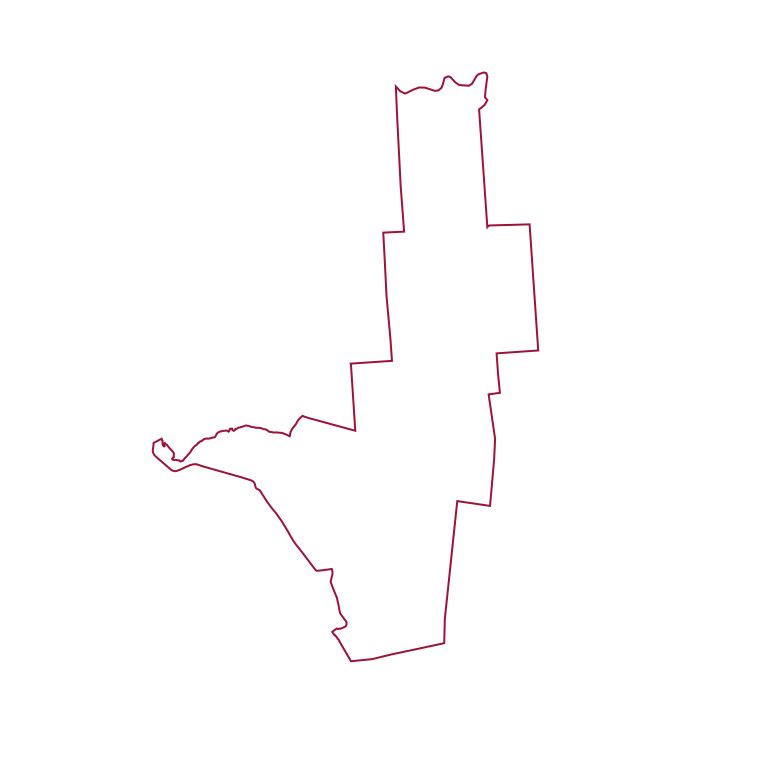 Suhaia, Teleorman, Romania, rotated 332°
{"feature_id": "2599482B91866656002466", "entity_name": "Suhaia", "entity_type": "district", "adm_level": 2, "iso_a3": "ROU", "parent_name": "Romania", "parent_adm1": "Teleorman", "projection": "albers", "projection_center": [25.195, 43.756], "detail": "fine", "context": "isolated", "style": "outline", "palette": "rose", "viewbox_px": 768, "rotation_deg": 332, "n_neighbors": 0, "source": "geoboundaries", "source_scale": "gbopen_adm2", "svg_char_len": 5986}
<svg xmlns="http://www.w3.org/2000/svg" viewBox="0 0 768 768"><g transform="rotate(332 384 384)"><path d="M587.5,311.4L551.5,293.5L550.6,293.5L549.4,293.8L548.9,294.0L596.9,186.1L599.6,185.8L603.9,184.8L608.5,182.0L607.8,178.2L611.7,172.1L619.6,161.0L620.2,157.7L618.5,155.8L613.0,154.9L610.7,155.3L602.7,160.2L599.0,160.5L590.8,155.4L588.5,151.0L586.8,144.3L585.1,142.5L581.1,142.2L576.2,147.5L573.9,149.4L569.9,150.3L566.6,149.1L559.2,141.5L554.3,138.7L547.6,137.8L541.0,137.7L538.8,137.3L535.8,133.2L534.7,128.9L534.1,126.9L519.9,156.7L491.8,216.7L473.3,258.9L454.4,250.0L444.1,272.2L427.3,308.0L418.8,328.3L410.5,348.0L401.9,367.3L364.2,350.4L364.1,351.0L336.7,411.8L301.1,378.3L298.1,375.2L297.7,374.6L297.3,373.9L296.9,373.9L293.8,374.8L293.0,375.1L292.3,375.2L291.8,375.4L291.1,375.7L289.4,376.7L288.3,377.5L287.6,378.0L285.1,379.1L283.9,379.5L281.4,380.8L280.9,381.1L280.0,381.8L279.2,382.4L278.7,382.9L278.3,383.3L277.1,384.7L276.7,385.4L276.1,385.9L274.0,382.7L273.6,382.2L272.6,381.3L272.2,380.5L271.6,380.0L271.3,379.7L271.0,379.5L270.4,379.0L269.8,378.5L269.1,378.1L268.7,377.9L268.3,377.6L267.5,377.1L266.6,376.4L265.2,375.7L264.3,375.3L263.5,374.8L262.0,373.5L261.5,373.2L260.7,372.7L260.0,372.0L259.6,370.7L259.4,370.3L258.7,369.3L258.4,368.8L258.1,368.4L257.8,368.1L257.3,367.8L256.9,367.7L256.5,367.4L255.7,366.4L255.3,365.8L255.1,365.6L254.6,365.2L254.0,364.7L253.4,364.2L250.1,362.3L249.2,361.3L248.5,361.0L247.4,360.2L246.5,359.4L246.0,358.8L245.3,358.0L244.8,357.5L244.0,356.9L243.1,356.1L242.1,355.7L241.3,355.5L239.4,355.3L238.1,355.0L237.3,354.9L236.7,354.8L236.3,354.7L235.5,354.3L235.1,354.2L234.1,354.2L233.0,354.4L232.5,354.4L232.1,354.4L231.9,354.0L231.7,354.0L231.6,354.4L231.5,354.5L230.8,354.5L230.5,354.6L230.2,354.8L229.8,354.8L229.5,354.8L229.4,354.8L229.3,354.7L229.0,354.3L228.7,353.8L228.6,353.4L228.6,353.1L228.7,352.9L228.9,352.5L228.8,352.1L228.8,351.9L226.9,351.2L226.6,351.3L226.2,352.0L225.8,352.3L225.4,352.5L225.0,352.6L224.8,353.0L224.3,353.0L224.3,352.5L223.9,352.0L223.4,351.5L222.8,351.0L222.2,350.8L220.5,350.1L219.5,349.7L218.1,349.5L217.3,349.1L217.0,349.0L216.1,348.9L215.0,348.9L213.9,349.1L213.3,349.3L213.0,349.5L210.4,351.2L210.0,351.4L209.5,351.4L208.3,351.3L208.1,351.2L207.8,350.9L206.8,350.7L205.2,350.4L204.9,350.3L204.2,350.2L203.8,350.1L203.0,349.6L202.6,349.5L202.3,349.1L201.8,349.0L201.4,348.7L201.0,348.5L199.9,348.4L199.6,348.2L199.3,348.2L199.0,348.2L198.7,348.4L198.0,348.3L197.7,348.4L197.3,348.3L197.1,348.4L196.3,348.9L196.0,348.9L195.5,348.5L195.2,348.4L194.7,348.4L194.2,348.6L193.9,348.6L193.4,348.8L193.1,348.9L192.9,349.0L192.6,348.8L191.9,348.9L191.7,349.1L190.4,349.7L189.9,349.8L189.2,349.8L188.7,350.0L188.1,350.0L187.6,350.1L187.3,350.2L186.2,350.5L185.7,350.7L185.3,351.0L184.7,351.1L182.8,352.1L182.3,352.5L181.9,352.8L180.9,353.3L180.3,353.5L178.3,354.2L177.8,354.4L177.4,354.6L176.3,355.0L175.8,355.3L174.1,355.7L173.1,356.1L171.0,357.1L170.3,357.0L170.1,357.2L169.9,357.0L169.6,357.1L169.2,357.1L168.4,357.1L168.2,357.0L168.0,356.8L167.8,356.3L167.4,356.1L167.3,355.9L167.3,355.5L167.2,355.3L167.0,355.1L166.7,354.9L166.3,354.8L165.9,354.4L165.7,354.2L165.3,353.9L165.2,353.7L164.5,353.2L163.8,352.9L163.2,352.7L162.5,352.2L162.1,351.9L161.9,351.7L161.7,351.3L161.7,351.0L161.7,350.8L161.8,350.5L162.0,350.4L163.0,350.2L163.5,349.9L163.9,350.0L164.1,349.9L164.2,349.6L164.2,349.4L164.6,349.1L164.8,348.7L165.0,347.9L165.5,347.4L165.7,347.2L165.7,346.9L165.9,345.8L165.9,345.3L165.8,344.8L165.7,344.2L165.5,343.6L165.1,342.0L164.9,341.1L164.5,340.0L164.5,339.5L164.1,338.1L163.9,336.3L163.8,335.8L163.3,335.3L163.0,334.7L162.9,334.4L162.9,333.6L162.8,333.3L162.6,333.2L162.3,333.3L162.0,333.5L161.7,333.7L161.4,334.1L161.2,334.6L161.1,335.6L161.0,335.9L160.7,335.9L160.4,335.8L160.3,335.6L160.2,334.9L160.2,334.4L160.2,333.8L160.3,333.4L160.6,332.6L160.7,332.3L160.9,331.9L161.2,331.3L161.6,330.7L161.8,330.3L161.8,330.0L161.6,329.5L161.8,329.2L162.0,327.9L152.9,327.9L151.1,330.7L150.3,331.8L149.2,333.3L148.4,334.6L148.2,335.2L147.9,336.5L147.8,337.5L147.9,338.4L148.2,340.1L148.9,342.1L151.9,349.9L152.6,351.6L155.0,357.9L155.4,359.0L155.8,359.7L156.2,360.6L157.0,361.6L157.6,362.1L158.2,362.6L159.0,363.1L159.6,363.3L160.4,363.5L161.4,363.6L163.7,363.9L169.6,364.2L174.4,364.6L175.0,364.7L176.8,365.1L178.0,365.5L178.9,365.8L179.6,366.1L180.4,366.7L181.7,367.7L182.9,369.0L183.6,369.8L183.8,370.0L184.5,370.8L190.2,376.3L208.7,394.1L213.0,398.2L214.7,399.8L215.5,400.7L216.5,401.7L221.0,406.2L222.2,407.6L222.8,408.8L223.1,410.1L223.1,410.8L222.9,412.0L222.2,414.6L222.1,415.1L222.1,415.5L222.4,416.5L223.0,417.5L224.1,418.9L224.5,419.9L224.7,423.0L224.7,423.6L225.1,428.4L225.6,433.6L226.0,436.5L226.7,441.2L227.6,445.3L227.9,446.6L228.6,452.2L229.2,456.1L229.8,465.9L230.0,470.1L230.1,475.4L230.2,476.4L230.2,478.3L230.4,480.6L231.1,485.6L231.2,486.1L231.9,489.5L233.4,498.5L234.8,507.2L236.0,514.8L236.4,516.5L236.7,517.2L238.6,518.1L239.3,518.4L244.7,520.5L249.1,522.1L249.9,522.4L250.2,522.5L250.5,522.5L250.9,522.7L251.0,522.9L251.1,523.2L250.8,524.2L250.0,526.3L249.6,527.1L249.2,527.7L246.2,531.1L244.6,532.9L244.3,533.3L244.0,533.8L243.9,534.2L243.2,539.7L242.1,549.5L242.1,550.4L242.2,550.8L242.0,551.0L241.4,552.8L240.9,554.9L240.4,556.7L238.5,562.6L237.9,564.8L237.7,565.4L237.7,566.5L237.8,567.6L238.1,569.6L238.5,572.5L239.1,575.4L239.1,576.0L239.0,576.7L238.8,577.3L238.5,577.8L238.2,578.4L237.8,578.8L237.5,579.1L237.0,579.6L236.7,579.7L235.7,580.0L235.2,580.0L234.1,580.0L230.9,579.7L230.2,579.2L229.5,579.0L228.6,578.9L228.1,578.5L228.0,578.3L227.8,578.0L227.5,577.7L227.0,577.8L222.6,578.4L222.0,578.5L221.9,578.7L221.9,579.2L222.4,582.7L222.9,582.8L223.3,584.9L223.5,586.7L223.6,587.6L224.1,589.3L224.0,589.7L223.8,590.0L224.7,613.3L244.2,621.3L263.8,626.3L273.1,629.0L315.5,641.1L327.4,620.0L393.7,521.8L420.4,541.4L445.7,502.5L456.3,484.7L471.5,442.3L482.2,446.2L489.4,428.7L497.8,409.8L535.9,426.8L587.5,311.4Z" fill="none" stroke="#9f1239" stroke-width="2"/></g></svg>